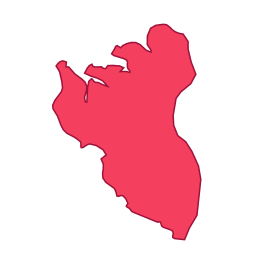 SVG path tracing the border of Forécariah, rotated 95°
{"feature_id": "GIN-5637", "entity_name": "Forécariah", "entity_type": "Prefecture", "adm_level": 1, "iso_a3": "GIN", "parent_name": "Guinea", "parent_adm1": "", "projection": "mercator", "projection_center": [-13.121, 9.37], "detail": "fine", "context": "isolated", "style": "filled", "palette": "rose", "viewbox_px": 256, "rotation_deg": 95, "n_neighbors": 0, "source": "natural_earth", "source_scale": "10m", "svg_char_len": 1995}
<svg xmlns="http://www.w3.org/2000/svg" viewBox="0 0 256 256"><g transform="rotate(95 128 128)"><path d="M234.3,61.9L234.1,71.8L233.1,73.9L231.3,74.0L229.0,73.7L226.9,74.5L225.8,76.5L223.8,84.2L223.1,85.3L222.6,85.9L221.9,86.3L220.6,86.7L218.8,87.6L218.7,88.5L219.1,89.6L219.1,90.8L211.2,116.2L210.1,117.7L208.5,119.0L207.8,119.9L207.2,121.3L206.3,122.8L205.1,122.6L203.9,121.8L202.9,121.6L199.1,123.8L197.7,125.0L195.9,127.4L195.9,129.3L196.9,131.4L196.7,133.2L193.5,134.1L189.5,136.2L184.0,145.4L180.1,148.6L175.3,149.4L170.8,149.1L166.3,149.4L161.2,152.1L156.7,147.4L151.9,150.9L148.2,158.1L147.2,164.8L148.2,167.2L151.4,171.1L151.6,173.0L150.8,173.3L147.1,173.6L145.8,174.3L143.6,177.5L141.7,180.9L138.6,188.3L135.5,192.2L131.3,194.9L122.4,199.2L115.3,204.4L111.8,205.0L106.6,203.1L97.8,197.6L94.1,196.7L88.1,197.8L78.0,201.0L72.5,205.0L69.9,203.4L67.8,201.4L66.8,198.8L67.6,195.2L68.3,195.1L71.7,195.2L72.6,194.9L72.5,194.0L72.3,193.0L72.5,192.2L78.8,185.6L83.2,178.4L85.9,174.9L89.9,172.7L94.0,172.5L101.4,174.0L105.7,172.7L105.7,171.2L91.6,171.8L84.9,171.1L82.1,168.7L82.5,167.8L84.6,165.9L85.3,164.7L85.3,161.6L87.1,156.9L88.3,152.0L83.2,157.3L81.0,163.0L79.6,169.2L77.2,176.0L71.6,173.6L69.2,172.0L67.6,169.5L69.6,168.3L70.1,166.1L69.4,160.0L69.6,160.1L70.2,158.9L70.7,157.3L70.9,156.0L70.4,155.2L68.2,153.9L67.6,153.5L67.0,148.8L66.9,141.8L68.4,137.5L72.5,140.7L71.9,135.5L72.0,133.4L72.5,131.1L70.9,131.1L69.5,132.8L67.6,133.8L65.2,134.2L62.2,134.3L60.5,135.3L59.4,137.7L57.0,148.6L55.5,150.8L50.2,148.2L47.8,147.4L46.9,145.9L48.7,142.4L46.4,140.4L44.1,136.7L42.5,132.2L42.2,127.7L43.8,123.3L48.9,116.7L50.4,111.7L48.7,111.7L43.1,116.1L34.5,116.7L26.7,114.2L23.3,109.3L21.7,102.3L21.7,98.7L24.1,94.9L26.3,92.4L28.1,89.3L29.2,85.6L29.6,81.3L36.6,75.7L44.3,75.0L56.8,70.8L68.6,65.1L78.4,69.3L87.4,78.5L94.3,82.7L111.7,84.1L121.4,82.7L131.2,77.8L136.7,69.3L145.8,62.3L159.7,54.5L172.9,51.0L209.0,51.7L222.2,58.1L234.3,61.9Z" fill="#f43f5e" stroke="#9f1239" stroke-width="1.5"/></g></svg>